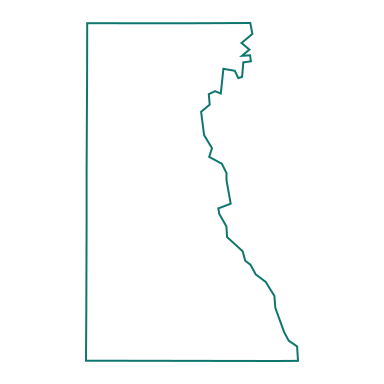 the district of Juneau, Wisconsin, United States of America
{"feature_id": "52423323B86052819188515", "entity_name": "Juneau", "entity_type": "district", "adm_level": 2, "iso_a3": "USA", "parent_name": "United States of America", "parent_adm1": "Wisconsin", "projection": "albers", "projection_center": [-89.981, 43.945], "detail": "fine", "context": "isolated", "style": "outline", "palette": "teal", "viewbox_px": 384, "rotation_deg": 0, "n_neighbors": 0, "source": "geoboundaries", "source_scale": "gbopen_adm2", "svg_char_len": 713}
<svg xmlns="http://www.w3.org/2000/svg" viewBox="0 0 384 384"><path d="M87.2,23.2L87.1,75.1L86.6,171.7L86.6,219.9L86.3,310.5L86.0,360.7L276.7,361.0L292.1,360.9L296.0,360.9L297.6,360.9L298.0,360.8L297.1,346.4L288.8,340.8L284.2,332.3L275.3,307.8L274.4,295.9L265.6,281.8L255.8,274.5L250.5,264.8L245.2,260.7L242.7,251.3L227.1,237.1L226.4,226.4L219.3,214.0L218.3,208.4L230.7,203.7L226.5,180.3L226.5,173.1L221.9,163.8L209.2,156.9L212.0,148.2L204.1,135.1L201.1,111.8L209.7,104.6L208.8,94.1L215.0,91.2L220.8,93.5L223.4,68.8L234.8,70.8L238.3,78.1L242.1,76.9L243.3,62.4L250.9,61.3L250.0,55.3L242.0,55.8L249.4,49.6L241.5,43.0L252.4,33.9L250.3,23.0L179.5,23.3L87.2,23.2Z" fill="none" stroke="#0f766e" stroke-width="2"/></svg>